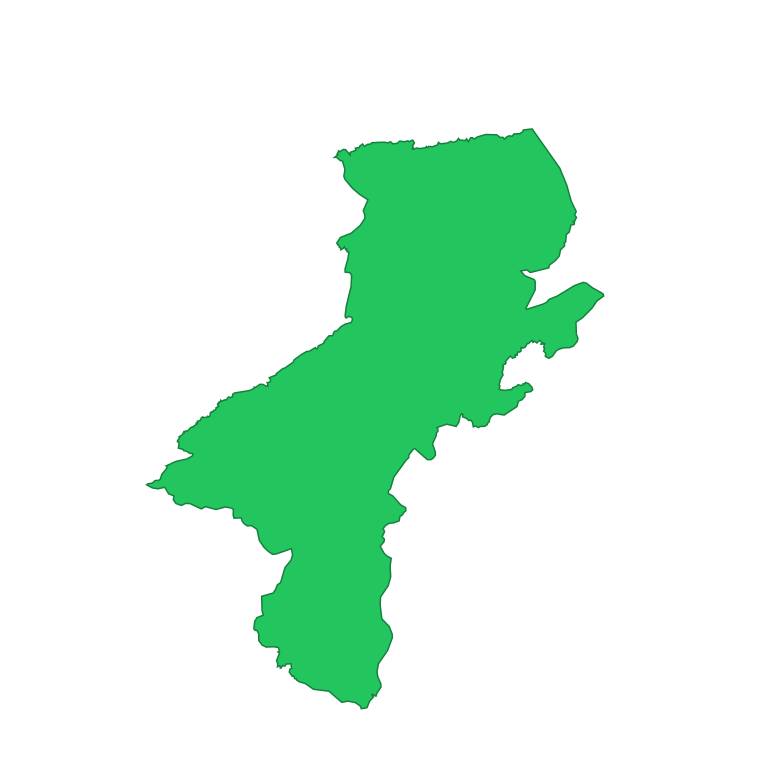 outline of Kenema, Eastern, Sierra Leone, rotated 214°
{"feature_id": "65957751B6503620183485", "entity_name": "Kenema", "entity_type": "district", "adm_level": 2, "iso_a3": "SLE", "parent_name": "Sierra Leone", "parent_adm1": "Eastern", "projection": "natural_earth1", "projection_center": [-11.159, 7.947], "detail": "fine", "context": "isolated", "style": "filled", "palette": "green", "viewbox_px": 768, "rotation_deg": 214, "n_neighbors": 0, "source": "geoboundaries", "source_scale": "gbopen_adm2", "svg_char_len": 6147}
<svg xmlns="http://www.w3.org/2000/svg" viewBox="0 0 768 768"><g transform="rotate(214 384 384)"><path d="M403.8,678.3L410.5,672.6L410.1,670.5L411.4,667.5L416.1,664.0L416.3,660.9L418.6,660.1L420.3,658.0L421.1,654.3L423.4,655.0L425.7,653.3L429.8,653.7L439.0,647.9L444.5,641.4L446.4,637.4L448.4,637.6L449.9,636.6L449.6,632.0L452.6,633.5L452.8,631.2L457.9,628.6L459.6,629.2L459.6,626.0L461.8,622.9L464.2,622.6L466.4,619.0L471.4,614.8L474.0,614.8L473.4,612.1L476.9,607.3L479.8,606.1L480.2,604.2L481.7,604.6L481.7,603.1L486.3,598.9L488.8,598.0L491.0,594.9L492.0,594.8L492.0,596.4L493.9,597.9L493.3,600.2L494.0,601.1L496.6,602.3L498.8,598.8L500.1,599.0L502.5,596.3L506.9,594.1L507.4,591.4L509.8,588.9L511.1,588.1L514.1,588.5L515.5,586.1L519.0,584.6L529.0,577.3L529.3,575.4L531.7,573.5L533.1,570.1L536.1,570.9L537.1,567.4L536.7,566.3L539.6,563.5L538.1,562.5L538.3,561.6L541.6,557.1L540.1,554.9L547.0,556.8L549.0,555.6L550.4,551.9L551.9,552.0L551.5,548.4L550.3,548.5L551.7,544.3L550.2,545.4L545.4,544.8L543.1,545.6L536.3,540.0L533.5,533.8L530.7,531.8L519.5,528.6L509.9,527.5L500.3,527.7L498.1,516.1L494.4,513.4L492.5,510.7L492.4,502.1L495.5,490.7L502.1,481.1L502.0,474.5L500.1,473.4L499.1,473.8L497.3,472.2L496.0,472.4L494.8,471.1L493.6,473.5L493.6,475.6L490.7,473.9L490.2,475.0L488.6,473.0L486.9,473.7L483.9,467.5L480.6,457.5L478.8,455.0L474.4,457.3L471.5,455.8L465.8,446.4L458.9,427.7L454.5,419.0L453.2,417.6L452.2,417.7L451.3,420.2L448.4,421.1L446.9,420.7L445.8,418.6L445.8,416.4L449.7,411.9L451.8,407.3L452.7,401.9L454.3,400.3L454.5,398.5L453.5,395.4L456.6,393.1L457.4,385.7L456.7,384.0L459.8,378.9L459.0,376.3L459.8,375.3L461.3,375.8L464.5,368.8L466.2,367.9L468.9,362.3L472.0,353.9L471.5,351.3L475.1,341.9L476.4,340.4L479.1,332.2L478.3,331.4L482.7,325.1L480.1,323.7L479.7,321.6L481.7,319.9L479.0,317.5L480.4,316.4L484.4,315.9L486.8,314.2L488.7,309.2L490.0,308.7L489.4,307.4L491.7,303.5L502.8,293.1L503.7,290.8L502.5,288.7L503.9,286.7L505.5,286.5L506.2,281.9L507.1,281.9L509.2,278.8L510.2,279.2L509.7,277.5L510.8,276.5L510.2,275.5L510.9,274.9L510.5,273.8L508.6,273.1L510.0,270.2L509.4,269.7L509.4,267.8L510.6,266.8L510.2,265.3L511.6,264.4L511.8,262.7L510.4,260.4L511.3,258.4L512.3,258.5L512.3,257.4L515.0,255.1L515.9,255.4L516.5,254.1L516.0,250.6L517.9,248.9L516.5,246.9L517.8,246.6L517.1,245.5L518.3,242.0L519.9,239.9L520.4,235.8L523.3,232.7L522.1,231.9L523.1,231.2L522.7,229.4L524.4,225.5L523.4,225.1L523.5,221.5L522.9,220.6L521.3,220.9L520.7,220.2L518.6,215.8L514.0,217.4L512.6,216.7L510.5,217.8L506.0,217.9L504.2,219.1L503.0,219.0L502.8,216.9L505.5,211.6L513.1,203.6L518.8,194.4L517.6,194.8L517.0,191.7L517.7,185.1L516.3,180.0L516.7,178.4L519.8,175.9L520.6,172.4L523.8,169.3L524.4,167.7L518.0,168.3L513.0,170.6L508.0,175.7L501.1,172.5L495.5,173.8L493.9,170.2L489.7,168.6L485.6,169.6L483.9,170.2L481.7,174.1L477.8,176.4L465.6,178.3L463.4,182.5L453.1,186.0L446.7,193.4L440.6,196.0L438.7,195.7L435.9,191.2L433.4,188.9L427.6,193.1L424.7,190.9L421.6,189.9L418.0,189.9L414.7,192.5L408.0,192.5L400.0,184.7L392.2,181.5L386.1,180.5L381.1,180.5L378.1,183.1L368.7,195.7L364.2,191.2L362.6,186.0L363.4,176.4L358.7,161.5L360.1,157.7L359.0,153.2L359.0,148.7L366.7,139.6L358.4,128.0L354.8,124.8L358.7,119.3L358.4,114.8L355.6,109.4L354.8,108.1L352.9,107.7L351.5,108.7L348.2,106.8L344.4,101.3L339.2,99.4L334.6,100.0L328.5,104.5L324.3,106.5L321.5,104.5L322.1,102.6L320.2,102.6L318.3,94.5L315.6,92.6L314.2,90.0L313.2,91.9L312.2,92.0L311.2,90.5L310.5,90.9L310.6,93.8L308.4,94.7L308.4,97.2L304.8,100.0L301.6,96.7L302.5,95.1L301.5,92.2L296.7,90.4L295.5,91.3L293.2,89.7L291.9,90.5L290.6,89.7L288.0,89.7L281.8,91.6L271.7,91.5L257.9,98.5L241.0,96.5L236.7,100.8L229.8,103.8L223.7,103.8L221.2,102.1L217.1,106.1L218.6,113.2L217.7,118.7L220.1,119.2L220.0,120.4L216.1,120.7L217.0,123.9L217.0,131.0L219.1,133.8L225.4,137.7L228.8,141.4L232.2,149.0L232.0,165.0L235.2,178.3L237.1,181.0L243.9,185.8L254.5,188.1L263.8,198.9L267.8,205.6L267.7,219.1L270.7,228.0L277.0,236.3L280.6,243.6L285.1,243.0L289.3,243.7L296.4,247.3L295.8,253.3L296.9,255.6L300.1,256.3L300.9,261.8L303.9,263.8L303.6,267.5L301.8,271.4L298.1,274.6L294.9,279.0L296.7,283.1L295.4,286.3L295.8,287.5L295.1,291.4L296.9,293.6L302.8,293.2L314.3,296.1L319.2,295.7L320.6,298.2L320.1,300.7L323.8,312.4L323.1,333.1L322.3,336.7L323.7,339.3L323.2,346.4L322.5,347.7L305.8,345.5L302.8,347.5L301.7,350.1L301.6,353.9L303.6,356.5L310.3,361.5L311.8,370.4L313.1,372.3L312.9,375.0L314.3,376.9L315.8,377.5L309.5,385.8L300.5,389.2L300.5,394.1L302.8,399.4L303.1,402.8L301.8,403.0L300.4,400.7L296.9,401.6L293.2,401.2L291.4,402.6L289.2,401.7L286.0,398.4L284.7,400.3L281.4,400.7L280.5,402.6L276.8,405.3L275.7,408.0L276.2,409.0L275.6,411.3L277.2,415.2L276.6,419.3L274.2,422.1L267.0,425.5L261.1,439.7L262.9,444.8L260.7,448.4L260.3,452.6L262.3,455.7L258.0,459.9L257.5,462.4L259.5,464.0L264.1,465.2L267.6,464.3L267.6,462.6L268.8,462.0L268.2,461.1L269.3,459.6L272.5,458.3L273.0,455.8L275.1,453.2L275.1,450.9L280.1,446.4L283.7,444.5L285.8,444.3L286.7,447.1L288.1,447.5L290.1,453.5L290.4,458.1L292.3,459.6L294.4,464.9L295.8,465.2L295.6,467.0L294.6,468.2L294.7,469.8L295.9,470.5L294.9,477.8L291.8,477.3L290.1,479.9L291.5,481.4L289.7,482.4L291.1,485.3L289.4,486.3L288.8,487.9L290.7,490.9L289.4,491.1L287.5,493.2L287.8,497.7L286.9,498.2L285.7,503.0L283.7,501.8L283.0,503.7L280.2,503.5L279.4,507.2L276.4,506.7L276.2,504.8L274.2,506.2L274.4,507.4L273.3,507.4L272.1,503.7L270.6,503.0L270.1,500.5L267.2,500.0L265.7,497.1L261.7,497.5L259.9,501.0L259.7,508.1L258.3,510.8L255.5,514.2L250.3,518.1L248.2,521.3L247.6,527.6L248.8,530.3L252.5,533.0L259.4,542.6L256.5,549.8L254.0,562.9L253.9,571.8L251.1,579.8L252.7,581.2L254.3,581.2L265.1,580.3L272.5,580.8L275.7,579.6L281.1,572.1L289.7,553.5L294.4,546.6L294.9,542.6L297.0,538.9L307.6,525.6L308.7,526.2L311.3,546.6L316.1,553.7L317.9,554.5L328.0,552.5L333.9,554.2L329.3,558.5L325.1,558.2L312.3,572.5L313.4,575.0L310.9,582.2L310.3,588.2L312.7,593.9L311.5,599.4L313.5,602.1L312.8,603.3L316.4,609.7L315.4,613.5L317.9,620.5L315.6,622.6L316.6,624.7L318.0,624.6L317.1,626.0L317.6,629.8L320.4,630.6L321.1,634.5L331.1,640.3L343.5,650.9L358.9,661.2L403.8,678.3Z" fill="#22c55e" stroke="#15803d" stroke-width="1.5"/></g></svg>